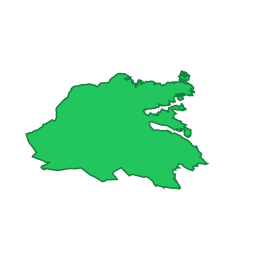 Lyngdal nor, Vest-Agder, Norway (Equal Earth projection), rotated 208°
{"feature_id": "86288312B23771706622322", "entity_name": "Lyngdal nor", "entity_type": "district", "adm_level": 2, "iso_a3": "NOR", "parent_name": "Norway", "parent_adm1": "Vest-Agder", "projection": "equal_earth", "projection_center": [7.039, 58.163], "detail": "fine", "context": "isolated", "style": "filled", "palette": "green", "viewbox_px": 256, "rotation_deg": 208, "n_neighbors": 0, "source": "geoboundaries", "source_scale": "gbopen_adm2", "svg_char_len": 5868}
<svg xmlns="http://www.w3.org/2000/svg" viewBox="0 0 256 256"><g transform="rotate(208 128 128)"><path d="M204.8,91.1L203.7,89.4L205.1,87.8L206.8,83.8L208.5,82.6L210.2,80.0L210.3,79.0L211.7,78.3L215.0,74.9L209.2,69.1L197.1,63.4L197.8,62.4L198.3,59.6L199.1,58.7L198.9,57.7L187.1,59.4L184.6,59.1L181.8,60.3L182.3,59.6L182.2,58.7L186.4,53.6L186.1,52.3L183.7,51.7L182.0,52.2L182.4,53.4L181.0,53.6L180.8,54.2L177.2,54.9L169.9,57.7L160.5,64.9L154.9,67.6L150.7,70.7L138.9,68.8L134.0,69.2L125.5,68.6L122.9,71.0L122.9,72.1L113.4,77.5L116.5,79.2L118.3,79.4L120.5,80.9L119.7,83.2L115.4,89.8L104.3,86.4L102.7,89.0L90.6,92.1L89.5,93.6L86.4,93.7L81.2,92.7L78.3,90.5L76.5,89.8L76.0,90.0L76.5,90.7L70.5,92.2L68.9,92.0L69.3,92.3L68.2,93.1L61.8,95.2L56.1,98.0L54.8,97.9L53.7,99.1L55.0,99.8L54.3,100.2L57.0,102.0L59.8,102.9L59.6,103.8L63.0,104.1L62.1,104.9L64.0,105.5L63.2,106.6L64.3,107.7L64.1,108.9L64.5,109.3L67.0,109.0L68.7,111.7L68.6,112.3L66.4,113.3L67.3,113.6L66.8,115.0L66.1,115.3L66.3,115.7L64.1,117.0L66.5,117.3L66.1,120.4L62.5,121.3L61.4,120.3L56.4,119.9L50.8,120.8L51.5,121.8L50.3,123.0L52.3,124.0L52.1,125.0L50.1,126.2L50.2,127.1L48.7,127.0L49.3,128.2L50.0,128.4L48.3,130.8L46.8,130.7L45.8,131.6L42.9,131.9L41.0,133.9L43.3,134.0L46.2,134.8L46.3,135.3L50.7,136.2L51.1,136.9L50.3,138.1L51.1,139.8L54.8,140.7L57.3,142.6L59.2,142.8L58.3,143.4L58.8,144.2L59.8,143.3L59.6,142.8L62.3,142.6L64.4,143.3L64.7,143.9L69.4,145.2L75.9,145.0L77.3,145.7L84.8,145.3L85.4,144.3L88.0,143.6L88.4,144.5L89.2,144.7L90.6,143.8L90.8,144.3L92.5,144.4L93.0,143.0L95.6,142.4L98.1,140.7L99.8,140.6L104.2,138.1L109.4,140.0L110.9,141.5L111.7,143.4L110.2,144.7L100.5,146.2L94.5,148.6L86.0,148.2L85.3,149.0L83.8,148.9L84.7,150.1L83.7,150.4L83.0,149.3L81.2,149.1L79.7,150.1L80.9,150.7L80.7,151.2L79.5,151.5L81.0,152.2L77.7,153.3L75.5,152.6L76.8,152.4L77.0,151.5L74.8,148.3L70.5,147.8L70.3,148.3L70.8,149.1L69.5,149.4L69.9,149.8L69.2,150.7L69.8,151.1L69.5,151.7L71.5,155.7L79.2,155.3L79.3,155.9L78.2,157.0L78.7,157.4L78.3,158.0L82.4,157.4L84.7,158.1L85.1,158.4L84.6,158.7L85.2,158.8L87.4,157.7L89.0,158.3L93.2,158.1L92.8,159.0L93.4,160.2L93.4,161.8L92.2,163.3L94.9,163.6L97.3,164.8L95.6,166.5L92.2,167.4L91.4,168.2L91.6,168.6L90.1,168.3L88.1,169.0L87.2,169.6L88.0,169.9L87.6,170.0L87.7,170.6L85.6,171.6L86.0,172.1L88.6,172.3L90.0,173.8L91.9,174.7L92.2,174.1L91.4,173.5L91.3,172.6L92.6,172.0L92.4,171.3L92.9,170.6L95.7,170.8L97.3,169.6L97.8,168.3L99.4,167.7L99.7,166.2L101.4,164.8L101.0,164.4L101.0,162.2L99.9,161.4L100.0,161.0L103.0,161.1L104.6,160.5L105.2,161.0L104.9,160.4L105.6,160.4L106.4,160.9L107.2,159.8L106.7,157.5L107.2,156.5L108.6,156.6L108.3,155.6L109.2,154.7L107.3,153.6L107.7,153.0L109.8,152.9L108.9,152.5L109.3,152.1L110.5,152.3L110.8,152.8L111.1,152.8L111.7,152.4L111.9,151.5L115.3,151.9L115.4,151.3L114.9,151.1L115.8,150.2L115.6,148.6L116.0,148.4L118.7,148.5L122.5,150.0L122.2,151.0L121.3,151.2L121.7,152.9L120.5,153.0L120.7,153.4L116.1,156.2L115.7,156.9L114.5,157.2L113.6,158.4L113.0,158.4L113.0,159.3L111.9,159.7L110.5,161.3L110.5,162.6L111.9,163.3L110.1,163.4L109.7,164.0L109.3,163.4L108.2,163.5L108.1,164.2L106.6,164.6L101.9,168.0L101.9,168.6L103.3,169.2L103.6,168.4L104.0,169.0L103.1,170.6L104.2,171.2L99.6,172.0L99.5,172.9L98.8,173.3L99.7,174.4L100.9,174.5L101.9,176.4L100.2,180.1L101.6,180.2L101.3,180.5L98.2,182.3L98.1,182.9L95.7,182.9L96.4,182.1L95.8,182.1L96.0,181.2L95.6,181.0L98.6,181.2L97.8,180.4L98.6,180.2L98.5,179.3L100.0,179.5L100.3,178.6L98.5,178.5L98.7,179.2L98.3,179.2L97.7,178.4L98.7,178.1L98.0,178.1L97.0,176.9L94.8,176.8L94.0,178.5L92.9,179.2L92.9,179.9L94.5,180.8L94.6,182.0L95.2,182.0L94.4,182.6L95.5,183.0L92.6,183.6L97.7,184.0L93.7,184.1L94.1,184.6L89.3,185.2L88.8,185.5L89.0,186.2L88.1,186.0L86.1,187.1L87.9,188.1L87.4,188.3L88.2,189.6L88.1,190.1L86.1,190.4L86.6,191.2L88.5,191.5L89.4,191.0L89.4,190.2L90.6,189.8L90.3,191.0L90.9,191.8L88.7,193.5L89.3,194.7L90.8,194.9L91.8,194.1L91.2,195.1L91.9,195.7L93.7,195.4L94.8,195.8L95.0,195.2L96.4,196.0L96.4,195.2L97.2,195.2L97.2,194.4L98.8,193.9L100.7,194.4L103.4,193.6L104.0,193.3L104.0,192.4L107.2,191.3L107.5,190.6L109.0,190.5L107.9,190.3L108.1,189.2L110.1,189.7L110.7,189.2L110.1,188.9L110.7,188.9L111.3,187.8L114.1,187.1L115.0,186.1L115.0,183.9L116.7,183.2L117.9,181.4L120.0,181.9L120.3,182.5L121.1,182.4L121.9,181.3L123.3,181.2L124.9,178.6L125.6,179.5L125.3,180.6L127.9,180.9L128.7,180.2L130.1,180.0L131.2,178.5L134.0,177.4L134.7,175.4L136.0,175.8L136.4,174.8L135.9,174.7L136.6,172.7L137.5,172.9L137.9,173.7L139.5,173.9L137.6,174.7L138.2,175.2L138.1,176.2L140.9,175.6L141.4,174.8L140.6,172.2L141.2,171.6L139.6,171.0L140.5,170.2L140.2,167.7L141.3,168.5L141.4,169.4L141.6,169.0L141.7,169.6L142.3,169.7L142.1,170.4L143.8,170.4L144.3,169.6L145.2,171.2L145.2,170.1L145.8,170.0L146.7,170.8L146.4,171.6L147.4,172.4L149.5,172.3L151.7,169.7L153.9,169.8L152.5,171.5L149.5,172.6L149.1,173.6L149.6,174.4L151.3,173.3L152.3,174.2L153.0,173.7L154.8,174.4L156.9,174.1L162.2,171.5L166.4,162.8L166.4,158.9L173.3,154.7L174.5,149.8L177.2,150.2L183.1,148.6L185.5,146.5L188.8,144.7L192.2,141.3L194.9,139.7L196.6,136.2L195.8,135.8L196.6,131.1L196.0,129.0L195.8,126.6L197.5,123.6L200.6,112.2L199.8,109.8L198.4,108.4L197.8,106.4L196.2,104.3L195.8,100.4L196.1,99.8L198.8,99.6L203.0,92.4L204.8,91.1ZM104.3,193.9L98.2,196.1L98.9,197.0L102.0,196.4L99.0,197.2L99.0,197.7L97.0,198.8L97.6,200.8L98.7,201.8L97.9,202.5L98.0,203.0L100.0,202.6L99.7,203.5L100.1,203.7L101.3,203.1L100.3,202.5L101.1,200.8L101.7,200.5L101.1,200.1L101.5,199.0L102.9,199.6L102.7,200.1L104.6,199.7L105.8,200.2L101.9,201.8L102.4,204.3L104.6,203.9L104.5,202.9L103.6,202.5L104.2,201.8L105.3,202.6L105.5,203.4L107.2,203.5L106.9,202.7L107.3,202.5L106.9,202.0L107.3,201.1L106.3,200.0L107.1,199.4L106.6,199.0L107.0,198.2L106.5,197.8L107.2,197.2L105.6,196.9L105.7,196.4L103.2,196.2L105.2,195.1L105.3,194.3L104.3,193.9Z" fill="#22c55e" stroke="#15803d" stroke-width="1.5"/></g></svg>